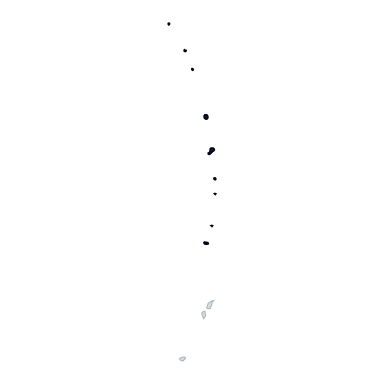 Northern Mariana Islands, with Northern Islands highlighted
{"feature_id": "MNP-4940", "entity_name": "Northern Islands", "entity_type": "state/province", "adm_level": 1, "iso_a3": "MNP", "parent_name": "Northern Mariana Islands", "parent_adm1": "", "projection": "albers", "projection_center": [145.557, 18.447], "detail": "fine", "context": "in_parent", "style": "filled", "palette": "ink", "viewbox_px": 384, "rotation_deg": 0, "n_neighbors": 0, "source": "natural_earth", "source_scale": "10m", "svg_char_len": 1912}
<svg xmlns="http://www.w3.org/2000/svg" viewBox="0 0 384 384"><path d="M210.2,307.5L210.0,308.8L207.5,308.5L206.7,307.9L208.2,303.2L211.9,301.0L213.7,300.5L212.0,302.8L211.7,305.3L210.2,307.5ZM205.6,316.0L203.5,318.7L202.0,314.5L201.8,312.8L203.7,311.3L204.9,311.3L205.6,316.0ZM185.4,358.5L182.9,361.0L181.0,360.5L179.9,359.6L179.7,358.2L183.7,356.9L185.4,357.4L185.4,358.5ZM211.3,153.0L208.9,154.2L211.9,149.0L212.8,148.1L214.2,150.0L211.3,153.0ZM207.8,117.1L206.3,119.1L205.0,117.7L204.7,114.8L206.9,115.1L207.7,115.7L207.8,117.1ZM208.1,244.3L207.0,244.6L205.4,244.4L204.3,243.6L204.0,242.2L207.3,242.1L208.5,243.2L208.1,244.3Z" fill="#d9dde1" stroke="#a8b0b8" stroke-width="1"/><path d="M211.0,148.0L213.0,148.0L213.6,148.3L214.2,148.9L214.4,149.5L214.2,150.4L213.7,150.9L213.1,151.2L212.5,151.7L210.3,153.9L209.6,154.4L208.4,154.3L208.1,153.1L209.4,152.4L210.0,151.2L210.2,148.7L211.0,148.0ZM205.5,119.1L204.2,117.9L204.0,115.9L204.9,114.7L206.8,114.8L207.5,115.6L207.8,116.2L207.9,116.9L207.9,117.9L207.6,118.5L207.1,119.0L206.3,119.2L205.5,119.1ZM208.0,242.8L208.4,243.6L208.1,244.0L207.3,244.1L205.9,244.3L205.3,244.2L204.7,244.0L204.2,243.5L203.9,243.0L203.9,242.5L204.4,242.1L205.2,242.1L205.8,242.3L207.4,242.5L208.0,242.8ZM215.2,179.9L214.1,179.3L213.8,178.5L214.2,177.8L215.0,177.8L215.6,178.2L215.9,178.8L215.8,179.4L215.2,179.9ZM185.2,51.7L184.7,51.5L184.2,51.1L184.0,50.6L184.1,50.1L184.6,49.6L184.8,49.8L184.9,50.3L185.0,50.6L185.3,50.6L185.7,50.4L186.1,50.3L186.3,50.5L186.2,50.9L185.9,51.3L185.6,51.5L185.2,51.7ZM192.8,70.4L192.1,70.0L191.7,69.4L191.7,68.8L192.4,68.5L193.0,68.8L193.3,69.3L193.2,69.9L192.8,70.4ZM168.8,25.0L168.3,24.5L168.1,23.8L168.3,23.2L169.0,23.0L169.6,23.4L169.6,24.0L169.3,24.6L168.8,25.0ZM212.0,226.6L210.9,225.6L211.8,225.3L212.7,225.7L212.0,226.6ZM215.2,194.6L214.3,193.6L215.0,193.4L215.9,193.8L215.2,194.6Z" fill="#0f172a" stroke="#020617" stroke-width="1.5"/></svg>